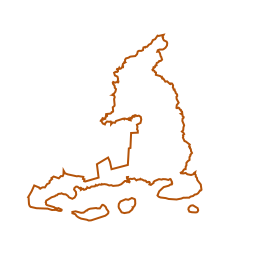 South East Santo, Sanma, Vanuatu (Mercator projection), rotated 101°
{"feature_id": "77236927B70121045858985", "entity_name": "South East Santo", "entity_type": "district", "adm_level": 2, "iso_a3": "VUT", "parent_name": "Vanuatu", "parent_adm1": "Sanma", "projection": "mercator", "projection_center": [167.149, -15.403], "detail": "fine", "context": "isolated", "style": "outline", "palette": "amber", "viewbox_px": 256, "rotation_deg": 101, "n_neighbors": 0, "source": "geoboundaries", "source_scale": "gbopen_adm2", "svg_char_len": 5902}
<svg xmlns="http://www.w3.org/2000/svg" viewBox="0 0 256 256"><g transform="rotate(101 128 128)"><path d="M182.1,183.1L185.8,182.5L187.7,182.9L188.0,184.7L190.6,186.3L189.8,191.7L191.8,193.6L192.6,192.8L195.2,194.9L196.0,194.5L197.1,194.7L198.6,196.8L202.2,198.2L202.4,200.1L203.4,201.8L204.3,202.4L204.2,203.3L203.4,203.8L202.3,209.1L208.4,210.5L214.5,212.6L214.4,212.2L214.5,212.5L221.5,210.7L223.1,209.8L224.0,208.6L224.2,202.6L222.5,191.6L223.0,187.0L222.1,183.0L222.5,180.1L222.2,178.1L221.6,177.5L220.8,177.6L219.9,181.0L220.4,181.8L220.4,183.0L221.3,183.0L221.6,183.8L220.4,184.2L219.8,185.4L219.1,192.9L218.6,193.8L217.0,194.2L216.7,194.6L214.9,194.4L210.6,189.8L208.9,186.7L208.1,186.2L207.5,184.8L206.6,184.4L205.8,183.3L205.3,181.4L204.8,180.9L205.3,178.7L205.0,176.5L206.0,174.2L207.4,172.6L208.1,169.1L206.4,167.1L203.4,166.1L200.7,166.9L198.7,169.2L197.1,169.1L195.4,167.7L195.3,166.3L196.6,164.0L195.7,163.3L195.7,162.7L196.2,162.1L196.9,162.2L196.7,161.7L197.2,161.8L196.3,160.7L196.3,160.2L197.1,159.4L196.0,157.5L195.5,157.5L194.7,156.6L194.0,156.6L194.4,155.8L194.1,154.1L192.5,152.8L191.6,149.4L190.0,148.7L190.6,147.5L188.9,145.5L188.8,143.6L188.0,143.0L188.3,142.5L187.6,140.5L187.5,138.0L188.0,135.5L187.3,133.5L187.7,131.6L186.2,126.5L184.4,123.8L180.6,120.9L180.4,119.5L181.0,118.8L180.3,117.9L180.9,117.7L181.0,116.3L180.3,116.2L179.8,116.7L179.9,117.7L179.4,117.8L178.5,118.8L177.4,119.5L176.4,119.7L176.1,118.7L178.2,118.8L178.9,118.3L177.4,116.2L177.3,114.3L176.3,112.1L177.8,109.8L176.9,108.7L176.3,106.8L174.8,105.6L175.7,106.1L176.1,105.8L175.8,104.7L176.6,102.1L176.3,101.2L176.7,100.0L177.6,99.4L177.6,98.6L177.0,97.8L176.9,96.7L177.7,96.1L179.3,96.3L179.5,94.7L177.0,92.4L176.2,92.6L175.0,91.8L172.3,87.8L172.2,85.0L171.5,84.0L171.1,81.1L171.3,78.5L170.0,76.9L170.1,76.4L172.8,74.4L173.7,74.6L174.3,74.0L175.0,74.2L175.7,75.9L176.9,77.0L179.2,81.7L184.2,85.3L188.6,86.2L189.6,84.8L190.0,82.9L189.6,77.6L189.9,74.5L188.9,66.7L187.1,62.2L185.9,60.4L184.7,54.6L183.4,53.5L182.3,51.1L180.7,49.9L179.9,48.0L178.6,46.7L175.6,45.4L175.6,44.8L174.6,44.1L169.6,45.8L165.9,50.0L163.7,50.9L162.8,52.2L161.2,52.5L160.2,53.6L158.6,53.6L159.8,54.7L160.8,54.8L162.1,57.1L162.1,60.9L161.1,62.8L162.1,65.1L162.3,67.4L161.8,67.7L160.6,66.2L158.2,65.2L157.6,64.6L157.4,63.6L154.7,64.0L153.7,63.5L151.1,64.0L149.2,63.0L147.6,61.5L144.8,62.1L143.2,61.4L142.4,61.7L140.3,60.4L138.7,61.7L136.8,62.3L136.2,63.3L135.0,63.4L134.7,64.5L132.5,64.2L130.1,69.0L130.1,70.0L126.9,72.3L125.9,72.1L124.6,72.7L123.3,71.7L121.8,73.0L121.2,74.4L119.5,73.4L116.7,73.7L114.6,73.4L110.7,76.0L108.3,76.2L107.6,75.5L106.7,75.4L105.8,76.7L104.5,77.1L103.9,78.8L103.0,77.6L101.6,78.1L100.9,79.4L100.1,79.6L99.9,80.7L98.8,81.4L98.4,82.3L99.2,83.7L99.0,84.3L96.2,84.5L93.5,83.1L90.2,85.8L88.1,86.4L87.2,85.8L85.7,86.2L84.5,87.9L83.2,88.4L82.3,89.5L81.4,89.6L81.5,90.5L80.4,90.9L79.8,91.7L77.5,91.9L76.0,93.2L76.0,94.4L76.8,94.7L76.8,95.2L74.7,98.5L75.4,100.2L72.7,102.8L73.1,103.6L72.9,104.0L71.3,104.5L71.5,105.1L70.9,106.2L70.5,110.8L68.2,111.1L67.9,112.4L67.1,112.8L66.5,114.0L66.7,114.6L66.2,115.1L65.3,114.6L63.5,114.5L63.7,113.7L62.9,113.1L61.5,113.1L61.0,112.0L60.5,112.3L58.7,112.2L57.5,110.6L56.3,110.2L55.9,108.7L54.4,107.6L51.8,109.0L51.6,109.5L48.4,111.0L47.0,112.5L47.5,113.8L46.0,113.6L45.0,112.1L44.3,108.8L43.5,107.8L42.0,106.5L39.6,105.5L37.1,105.7L35.9,106.5L35.1,109.5L33.5,110.8L32.6,110.8L32.1,111.5L29.7,110.8L31.8,115.5L31.7,116.6L35.6,118.3L37.1,120.5L38.2,120.6L40.9,121.6L42.2,123.4L44.6,124.7L44.9,126.0L45.6,126.3L45.4,127.1L46.0,128.2L48.7,128.2L49.8,129.8L50.1,131.9L51.0,133.0L53.8,133.2L56.0,134.6L57.3,138.8L57.9,140.0L58.8,140.7L60.0,143.2L61.4,143.9L63.3,143.6L63.8,144.0L64.1,143.2L65.8,145.1L67.5,145.3L68.1,144.6L69.2,144.5L69.2,145.4L70.6,145.9L71.4,147.0L71.4,147.5L70.6,148.1L71.8,148.4L72.1,149.9L72.6,150.0L73.3,148.9L74.3,148.7L75.1,149.4L75.2,150.9L76.4,152.2L78.9,150.9L79.6,148.1L81.8,147.1L83.7,147.1L83.9,146.4L84.8,146.2L85.0,145.5L85.2,148.2L86.0,149.4L85.6,151.3L86.4,151.6L87.5,151.1L89.3,149.1L91.0,148.7L92.1,147.2L94.7,147.3L97.1,148.4L97.7,149.2L98.2,148.9L98.6,149.5L98.6,148.0L100.2,146.9L102.2,147.2L108.0,145.5L108.8,145.5L110.6,146.9L114.2,145.8L115.0,146.0L115.6,147.1L116.4,147.2L117.2,148.0L118.5,152.1L120.0,152.0L119.9,150.9L120.2,150.8L122.0,152.3L123.3,152.0L123.7,152.7L123.1,154.7L123.5,155.0L124.7,154.4L125.1,155.5L125.8,156.1L126.2,156.1L126.2,155.5L128.4,153.6L128.9,151.4L127.6,151.2L125.6,149.8L125.5,147.6L124.9,146.2L125.4,145.6L127.5,145.3L125.5,144.1L125.4,141.8L123.4,141.1L119.7,134.4L120.2,133.3L119.3,132.9L119.5,130.5L118.4,129.2L118.6,128.7L119.9,128.6L120.0,126.8L117.6,127.5L117.7,126.1L116.1,126.1L115.1,125.4L115.0,125.1L115.9,124.5L115.7,123.8L115.4,123.5L114.1,123.5L114.0,122.9L114.6,121.5L113.8,119.7L114.7,117.6L117.1,116.6L120.6,116.7L123.1,119.9L125.2,118.9L127.5,118.9L128.6,117.9L130.7,117.5L132.3,124.0L147.1,121.8L147.9,123.3L164.3,121.1L171.6,136.3L164.6,139.3L160.8,141.9L169.5,151.6L182.3,147.4L188.7,159.8L188.6,160.9L186.6,161.0L186.6,162.5L184.5,162.5L184.7,167.8L185.2,168.9L185.0,178.3L184.5,181.1L182.1,183.1ZM225.2,159.6L225.9,156.7L225.9,150.9L226.3,148.9L225.7,146.6L218.4,133.5L216.4,131.7L215.2,131.1L213.7,131.3L211.4,133.8L210.0,134.6L208.7,136.4L208.2,138.0L208.4,138.6L212.3,140.3L212.8,143.0L212.6,143.9L214.4,149.7L215.5,151.6L216.7,152.3L216.7,152.9L219.5,155.4L220.2,157.9L219.8,163.5L221.0,166.6L222.3,166.3L222.7,163.2L224.2,161.7L225.2,159.6ZM204.3,122.5L207.0,122.2L208.2,121.7L212.0,118.2L212.2,115.3L210.5,110.9L207.1,108.2L206.6,108.4L205.5,107.8L205.0,108.1L205.0,107.7L202.9,106.6L201.0,106.4L197.3,107.3L196.5,107.9L196.0,110.9L198.4,114.0L198.4,116.7L201.6,121.4L204.3,122.5ZM193.4,44.4L191.5,49.5L192.1,51.3L193.0,52.2L194.7,53.2L196.4,53.2L198.4,51.8L198.5,49.3L198.0,45.6L197.6,44.4L196.8,43.7L195.3,43.4L193.4,44.4Z" fill="none" stroke="#b45309" stroke-width="2"/></g></svg>